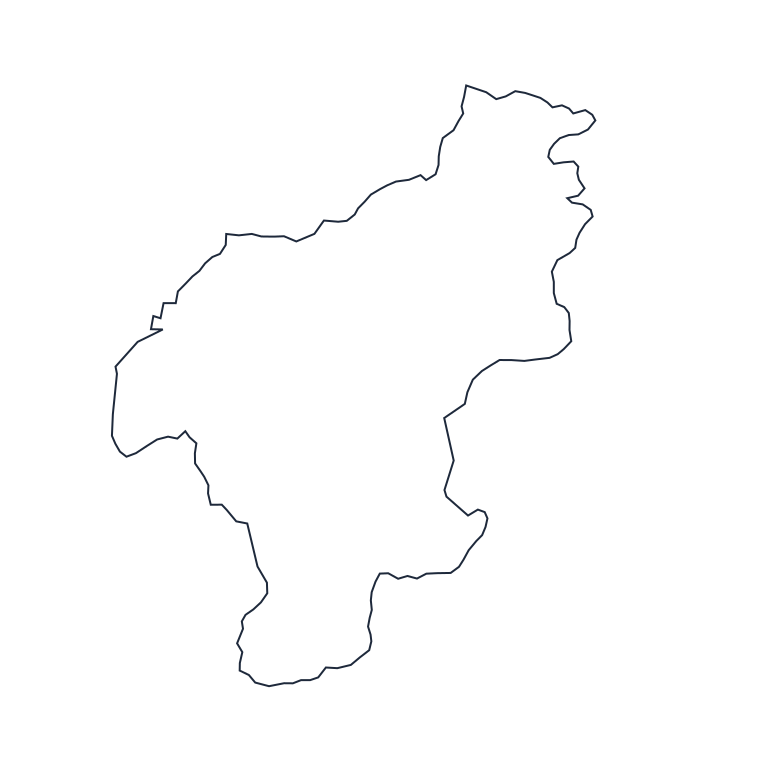 Canela, Rio Grande do Sul, Brazil (Equal Earth projection), rotated 74°
{"feature_id": "56859067B50689624337337", "entity_name": "Canela", "entity_type": "district", "adm_level": 2, "iso_a3": "BRA", "parent_name": "Brazil", "parent_adm1": "Rio Grande do Sul", "projection": "equal_earth", "projection_center": [-50.777, -29.344], "detail": "fine", "context": "isolated", "style": "outline", "palette": "slate", "viewbox_px": 768, "rotation_deg": 74, "n_neighbors": 0, "source": "geoboundaries", "source_scale": "gbopen_adm2", "svg_char_len": 2469}
<svg xmlns="http://www.w3.org/2000/svg" viewBox="0 0 768 768"><g transform="rotate(74 384 384)"><path d="M619.7,601.7L626.5,594.1L635.5,590.1L642.8,577.8L644.1,562.5L646.6,554.1L645.8,545.4L648.3,536.6L647.9,528.1L640.5,518.0L644.3,507.2L644.9,493.3L640.2,482.7L635.8,471.6L627.9,467.1L621.2,466.0L612.8,466.2L604.8,462.2L597.8,458.0L588.4,456.3L580.7,453.2L571.6,446.6L565.1,440.3L567.1,432.1L575.1,424.1L575.0,414.4L580.1,405.9L578.0,395.6L580.4,385.4L584.0,372.0L580.4,362.3L574.8,356.0L567.1,348.4L560.4,338.6L556.3,331.3L549.4,325.8L541.7,321.6L534.9,322.5L530.6,328.4L533.6,339.5L509.5,355.0L502.6,355.1L476.8,338.1L433.3,335.5L425.4,311.8L414.9,306.1L404.3,297.4L398.5,286.3L395.5,276.2L392.8,266.3L396.2,254.7L400.5,242.7L402.2,231.5L404.5,217.6L403.2,208.8L400.0,201.6L394.5,192.2L383.2,190.8L374.6,188.2L366.7,186.8L359.8,189.5L354.5,195.9L343.4,195.7L332.6,192.6L322.3,191.7L312.7,183.2L309.3,169.5L305.9,162.7L298.3,159.2L292.5,154.3L285.8,146.7L280.5,137.3L273.6,137.3L266.1,143.5L261.5,153.3L255.9,156.6L256.5,145.5L251.2,137.3L241.4,140.4L234.7,140.1L228.6,137.3L222.4,140.4L220.4,150.3L219.2,160.1L211.0,163.5L204.6,160.1L200.0,154.3L196.2,147.2L195.6,137.8L197.6,128.4L195.6,117.8L188.9,108.2L182.6,109.6L176.2,115.0L176.1,127.5L170.2,130.2L165.2,136.1L164.5,145.8L158.4,149.3L152.1,154.8L147.2,162.0L143.1,168.1L138.7,177.1L141.1,187.7L141.1,197.6L131.7,205.3L125.7,214.0L119.7,222.7L130.1,227.9L138.5,232.9L145.8,233.3L151.8,239.9L159.2,247.2L163.8,259.7L171.6,264.6L180.2,268.6L188.5,271.2L196.6,276.6L199.6,287.3L193.3,291.3L194.6,303.7L192.7,316.7L193.9,326.1L195.6,334.1L198.3,344.4L203.4,352.3L208.0,360.5L213.0,365.4L216.9,374.8L215.4,383.3L210.3,396.7L220.5,409.5L222.8,429.0L214.4,439.4L212.0,449.2L208.4,461.2L203.3,469.7L201.1,482.5L196.3,494.3L206.7,497.8L213.7,505.8L214.6,514.0L218.7,522.7L224.4,530.3L227.8,538.5L232.7,546.8L238.2,556.6L248.9,561.9L245.5,573.6L259.2,580.7L255.1,587.0L267.1,592.9L270.6,581.6L275.6,609.2L293.3,637.3L300.6,637.9L338.4,653.0L358.8,659.8L367.4,658.7L376.2,656.5L382.9,651.6L382.1,641.5L378.2,629.0L374.8,617.4L375.1,606.1L379.5,597.7L374.6,588.0L381.6,585.6L389.3,580.7L398.5,584.9L408.3,587.5L417.3,584.4L423.6,582.4L433.0,580.7L440.7,583.3L452.3,583.8L455.3,573.2L461.7,569.9L475.3,563.9L480.4,553.9L524.6,555.9L542.7,551.3L553.0,553.9L560.0,562.5L564.7,571.8L567.7,580.7L573.0,586.1L580.4,587.0L592.8,596.7L602.7,594.1L612.5,599.5L619.7,601.7Z" fill="none" stroke="#1e293b" stroke-width="2"/></g></svg>